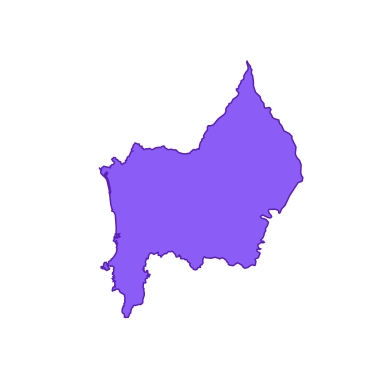 an SVG outline of São Paulo, rotated 116°
{"feature_id": "BRA-1311", "entity_name": "São Paulo", "entity_type": "State", "adm_level": 1, "iso_a3": "BRA", "parent_name": "Brazil", "parent_adm1": "", "projection": "albers", "projection_center": [-47.634, -22.544], "detail": "fine", "context": "isolated", "style": "filled", "palette": "violet", "viewbox_px": 384, "rotation_deg": 116, "n_neighbors": 0, "source": "natural_earth", "source_scale": "10m", "svg_char_len": 6107}
<svg xmlns="http://www.w3.org/2000/svg" viewBox="0 0 384 384"><g transform="rotate(116 192 192)"><path d="M315.8,220.1L315.2,220.7L312.1,221.2L311.4,220.2L310.4,220.4L310.6,219.6L309.8,219.9L307.8,221.6L306.3,222.1L305.9,221.8L305.6,222.5L306.9,223.7L305.6,224.1L304.9,225.5L304.3,224.7L304.3,225.5L302.5,224.5L302.6,225.9L300.9,225.7L300.4,226.4L300.8,227.4L299.2,228.0L298.0,227.3L295.6,228.8L294.1,228.8L293.5,230.4L293.8,232.0L294.5,232.4L294.3,233.6L294.7,234.5L294.2,235.8L293.6,236.1L292.4,235.9L291.0,236.3L289.0,234.9L287.6,235.1L287.2,234.6L284.5,233.9L279.9,233.4L276.0,234.5L274.8,235.8L273.8,235.6L271.4,236.6L271.1,236.3L270.0,237.9L268.3,238.6L269.5,238.7L271.1,237.2L272.2,237.0L270.6,238.9L270.4,241.0L269.8,241.5L268.7,241.0L266.6,242.3L265.7,242.1L267.0,241.0L266.3,239.0L264.4,238.2L264.4,237.4L263.6,237.2L263.5,238.3L262.8,238.7L262.8,239.3L261.4,239.0L262.7,240.9L263.8,241.1L263.8,242.4L263.5,242.6L262.9,241.9L257.0,244.6L246.3,250.8L244.6,252.8L244.0,254.3L244.3,255.5L243.8,255.9L242.7,256.1L242.7,255.3L242.0,256.8L238.6,259.7L230.5,264.7L228.8,265.1L227.7,265.0L224.5,267.3L218.6,272.0L216.5,274.3L215.2,276.8L214.4,277.3L212.9,277.2L213.1,276.6L214.3,276.4L214.0,276.0L212.6,276.0L212.1,277.3L211.6,276.9L211.6,277.5L212.2,277.8L214.7,278.4L216.7,277.6L215.6,281.1L214.7,282.5L212.6,283.4L210.7,286.2L212.2,283.5L211.7,283.1L210.3,283.8L207.6,282.6L206.0,276.1L204.6,276.8L204.4,276.3L202.8,276.1L202.0,274.9L200.1,274.3L198.9,275.4L198.8,276.9L197.7,278.5L195.3,277.4L194.8,275.8L195.8,274.7L195.7,272.7L196.4,271.6L196.2,269.5L197.3,268.5L198.0,267.0L195.9,266.0L195.1,264.8L194.1,264.8L192.8,265.6L192.1,264.6L191.2,265.1L188.9,265.3L187.3,264.2L182.7,264.5L181.2,263.3L181.2,264.5L180.4,265.1L177.5,264.8L175.8,265.3L172.8,264.5L172.7,262.1L172.1,260.3L173.3,259.6L173.5,257.8L172.8,257.0L174.5,256.0L174.2,254.9L175.0,253.7L173.2,252.2L172.4,250.0L171.4,249.4L171.5,246.8L170.8,245.6L169.2,244.8L167.8,243.5L166.4,241.4L165.7,239.6L164.6,239.3L163.2,237.8L163.0,236.8L163.7,236.5L164.1,235.7L164.4,231.9L162.7,229.5L162.0,226.1L161.2,225.1L162.4,221.1L161.5,216.5L160.5,214.3L158.8,212.2L158.5,211.0L157.3,211.0L153.4,209.4L152.8,208.6L152.7,207.2L151.0,206.1L150.7,204.5L150.1,204.5L150.1,205.0L149.1,204.8L146.1,205.8L143.5,206.1L141.8,205.7L140.4,206.3L137.9,205.0L136.5,206.2L134.0,206.2L129.3,205.4L127.2,206.5L125.9,206.6L125.3,206.3L124.3,204.3L122.2,202.2L114.9,200.5L107.3,196.7L104.8,196.9L102.2,198.0L100.4,197.9L98.1,197.0L96.4,197.4L94.8,195.9L90.6,195.7L87.1,193.7L84.5,192.9L82.2,193.6L81.2,196.5L79.9,197.2L79.1,196.1L78.0,195.7L76.8,196.4L72.6,196.0L70.3,196.5L68.3,195.2L67.2,195.1L64.8,196.3L60.2,196.0L58.5,195.4L56.7,195.5L54.8,196.6L51.6,199.6L49.9,200.2L51.7,198.2L53.5,194.5L54.6,194.1L56.0,191.7L57.5,191.5L59.9,190.2L60.6,188.8L65.0,185.7L69.9,183.1L74.5,178.7L76.4,172.7L79.3,170.1L81.0,166.2L83.3,164.8L84.4,163.6L84.4,162.6L82.2,159.7L82.3,158.7L83.3,157.2L86.2,157.1L87.8,154.4L89.6,152.4L90.1,150.8L89.3,145.5L91.8,143.6L93.2,140.4L96.7,136.2L96.9,130.1L98.1,126.6L100.2,125.7L106.0,118.3L112.1,116.0L113.6,114.8L115.4,112.2L116.5,109.2L119.7,105.9L127.3,102.6L129.7,100.2L130.3,98.8L133.6,97.8L134.6,98.2L136.6,100.4L137.4,100.8L152.2,102.7L163.0,102.5L168.2,104.1L171.8,103.7L172.8,104.4L172.5,105.0L171.1,105.7L170.7,107.3L171.0,109.7L173.7,114.8L174.8,115.3L175.9,114.8L177.4,112.9L178.4,110.5L179.3,109.6L180.5,109.9L181.3,111.0L181.6,112.6L181.7,118.4L183.9,119.7L185.0,118.6L184.2,113.6L185.6,110.2L186.5,109.8L189.8,109.5L192.3,110.0L194.6,108.8L197.1,109.0L199.9,108.3L202.6,108.3L205.0,109.2L205.7,108.4L204.9,106.0L205.6,105.0L206.3,105.6L207.4,108.0L210.5,109.7L212.6,108.4L213.1,107.0L213.1,105.4L214.2,106.2L214.5,107.8L215.1,108.4L216.6,107.9L217.0,105.6L216.7,104.7L217.5,103.9L221.9,103.6L224.5,105.8L225.2,105.6L226.3,104.2L229.9,103.1L230.9,104.0L230.8,105.7L232.1,107.0L235.1,108.6L236.7,110.2L237.4,111.5L237.0,113.4L236.0,114.7L235.5,119.5L236.8,120.9L240.2,122.7L241.3,126.4L241.1,127.6L239.9,128.4L239.4,130.2L238.3,131.5L237.6,135.6L240.1,138.1L239.9,139.3L240.6,142.9L243.1,145.7L245.0,150.7L244.7,152.5L245.5,152.8L248.1,152.6L249.8,151.9L250.7,151.1L252.3,151.1L254.7,152.4L256.0,151.5L256.2,152.4L257.1,152.9L257.4,153.5L259.2,153.6L260.3,154.4L260.9,156.8L260.0,157.8L260.0,159.5L258.5,162.1L257.2,162.1L256.3,165.6L255.2,166.6L255.3,167.6L255.9,168.4L255.4,169.7L256.8,172.7L256.5,173.2L255.4,173.5L255.0,174.1L255.4,174.8L254.3,175.2L254.2,175.5L254.8,176.1L256.4,176.4L257.3,177.6L255.2,180.1L253.9,183.5L255.2,185.3L255.6,186.9L258.7,188.0L259.2,189.5L262.1,190.9L264.0,191.3L263.0,192.6L263.6,194.6L261.1,196.0L264.8,199.0L264.5,200.8L264.9,202.5L267.2,203.3L271.3,202.2L271.6,202.5L271.5,203.7L272.2,203.7L275.7,203.1L277.0,201.8L278.1,201.9L278.7,201.3L280.3,202.8L281.6,201.6L282.8,202.4L283.3,201.6L283.2,200.5L284.4,200.4L284.7,198.8L284.4,198.2L282.6,198.2L282.1,197.5L285.2,195.4L284.5,193.8L284.8,193.5L287.2,193.5L286.2,194.9L286.2,195.4L286.7,195.6L289.3,194.5L289.8,195.4L291.3,195.6L293.6,193.8L294.4,194.3L294.7,195.6L295.1,195.7L299.4,194.1L299.8,192.9L300.8,192.7L304.1,190.4L306.0,189.6L310.2,189.1L313.2,187.7L315.4,188.6L316.8,191.1L318.8,193.1L319.2,194.4L320.1,194.9L321.6,194.8L323.2,195.3L327.0,194.5L327.5,194.1L328.2,194.6L332.5,194.4L334.0,197.0L334.1,197.9L332.5,198.6L331.3,199.7L331.3,200.9L330.5,202.2L327.4,203.5L326.5,203.3L325.0,203.8L324.4,203.0L322.1,204.2L320.6,203.9L318.1,205.4L316.3,205.8L315.1,207.2L314.0,207.5L313.6,212.4L313.0,213.6L312.2,214.1L311.6,215.8L313.0,218.1L314.0,218.1L314.6,219.1L315.8,220.1ZM300.2,238.8L299.8,238.9L300.1,240.3L299.3,240.9L298.7,240.7L297.8,239.0L294.8,239.8L293.7,239.7L292.8,238.2L295.9,235.1L296.9,232.6L297.4,232.4L299.9,234.2L299.6,236.7L298.6,236.5L298.5,237.5L298.9,238.5L300.0,238.3L300.2,238.8ZM228.2,265.4L230.3,264.9L228.8,266.2L227.1,266.8L218.7,273.6L216.6,277.0L216.3,276.9L216.9,274.4L218.4,272.7L223.3,269.2L225.2,267.2L226.8,266.6L228.2,265.4ZM265.4,239.1L266.5,241.3L264.9,240.6L264.2,240.9L263.1,240.7L262.5,239.8L263.3,239.8L263.3,238.8L265.4,239.1Z" fill="#8b5cf6" stroke="#5b21b6" stroke-width="1.5"/></g></svg>